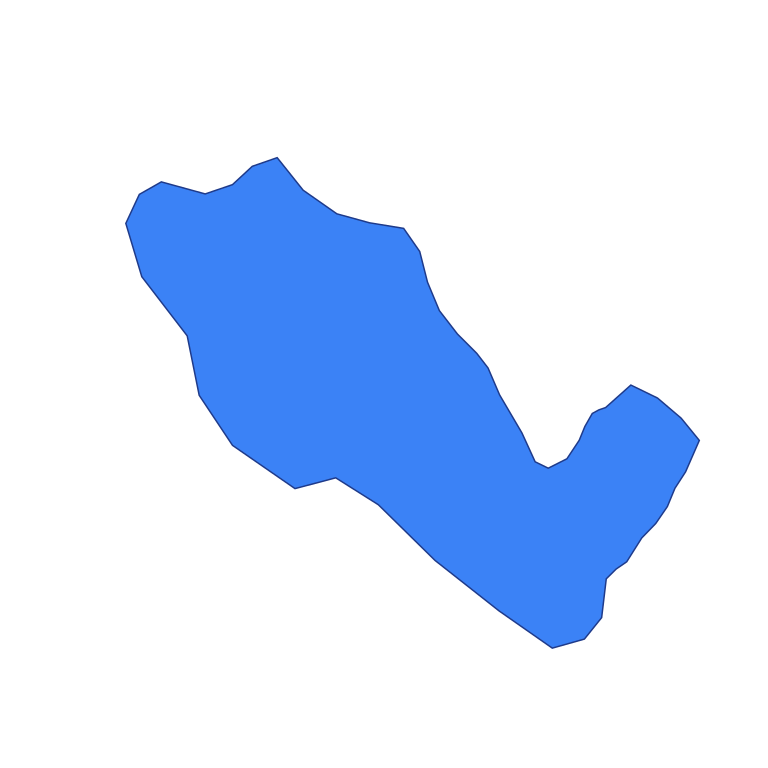 SVG path tracing the border of Siirt, rotated 30°
{"feature_id": "TUR-3043", "entity_name": "Siirt", "entity_type": "Province", "adm_level": 1, "iso_a3": "TUR", "parent_name": "Turkey", "parent_adm1": "", "projection": "orthographic", "projection_center": [42.404, 37.927], "detail": "fine", "context": "isolated", "style": "filled", "palette": "blue", "viewbox_px": 768, "rotation_deg": 30, "n_neighbors": 0, "source": "natural_earth", "source_scale": "10m", "svg_char_len": 791}
<svg xmlns="http://www.w3.org/2000/svg" viewBox="0 0 768 768"><g transform="rotate(30 384 384)"><path d="M323.2,239.4L348.7,251.4L370.8,274.1L395.3,292.8L422.6,304.0L449.1,311.1L466.1,318.1L489.5,335.6L527.9,357.4L553.8,375.8L568.3,374.8L579.8,357.3L581.2,335.1L579.2,320.4L579.1,305.4L583.0,299.0L587.7,293.6L598.3,261.5L627.9,259.4L658.4,265.0L685.3,275.2L689.1,309.3L688.1,328.8L690.7,348.5L689.1,368.9L684.2,388.4L683.1,416.6L677.6,428.1L673.9,441.6L689.3,477.5L685.1,504.7L661.8,528.6L597.2,523.0L516.5,511.3L439.5,491.4L389.1,489.4L359.2,519.1L283.5,512.9L229.6,486.2L189.5,440.7L120.6,412.2L80.1,374.0L77.3,342.1L90.1,320.3L134.1,308.8L153.1,287.1L161.1,261.3L178.3,241.4L217.1,256.6L258.1,260.2L290.7,251.7L323.2,239.4Z" fill="#3b82f6" stroke="#1e3a8a" stroke-width="1.5"/></g></svg>